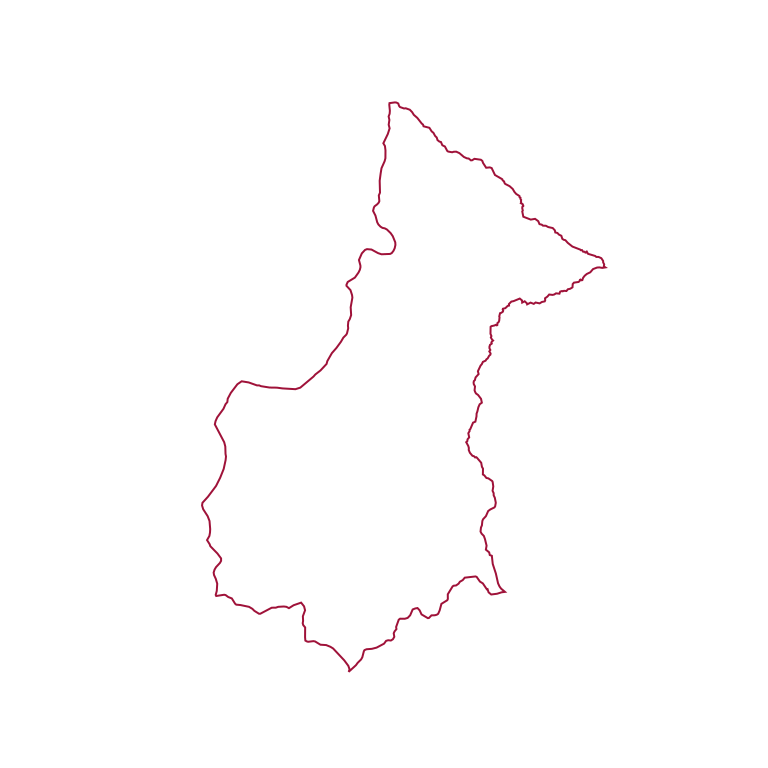 outline of San Sebastian, Cauca, Colombia, rotated 150°
{"feature_id": "7082276B83850714200687", "entity_name": "San Sebastian", "entity_type": "district", "adm_level": 2, "iso_a3": "COL", "parent_name": "Colombia", "parent_adm1": "Cauca", "projection": "mercator", "projection_center": [-76.773, 1.841], "detail": "fine", "context": "isolated", "style": "outline", "palette": "rose", "viewbox_px": 768, "rotation_deg": 150, "n_neighbors": 0, "source": "geoboundaries", "source_scale": "gbopen_adm2", "svg_char_len": 6166}
<svg xmlns="http://www.w3.org/2000/svg" viewBox="0 0 768 768"><g transform="rotate(150 384 384)"><path d="M558.5,152.4L548.9,154.5L546.2,155.7L541.6,156.9L539.4,158.2L535.0,162.7L533.9,163.3L531.7,163.0L526.9,160.7L522.2,159.4L513.8,159.1L510.6,160.5L508.5,160.0L506.3,158.4L503.9,158.5L501.5,159.9L500.2,163.3L498.5,164.5L495.8,165.5L495.0,167.5L489.1,172.5L487.4,172.7L483.4,170.3L480.5,169.6L477.0,170.6L471.9,174.4L469.2,174.0L467.0,173.2L466.3,170.2L466.7,165.7L463.1,159.3L462.1,158.9L458.6,159.9L455.6,158.3L453.7,157.8L452.0,157.9L449.0,160.1L444.2,164.9L437.3,165.1L436.2,165.9L433.9,170.0L425.8,174.4L424.6,174.5L422.3,173.5L419.2,173.8L417.2,174.8L413.9,174.8L410.9,175.9L401.0,171.6L400.2,170.6L399.7,164.9L398.1,161.9L397.6,154.7L396.9,154.6L397.6,151.3L396.4,148.1L390.9,145.8L386.3,144.8L383.2,143.5L384.9,148.2L385.2,150.8L384.9,154.3L381.9,163.9L379.8,173.8L376.5,181.3L377.9,183.0L377.1,185.6L378.6,189.6L376.0,192.7L374.1,199.2L373.5,202.5L374.3,205.6L374.2,207.9L371.8,211.2L369.9,212.6L367.3,216.2L365.9,217.3L361.8,218.6L357.3,221.9L354.6,222.2L350.1,221.9L348.9,222.5L346.6,225.2L346.2,226.3L344.9,230.1L344.7,232.7L343.6,234.7L343.4,237.2L340.6,240.6L338.9,244.8L338.8,245.8L340.8,250.1L342.3,251.4L342.8,254.7L343.6,256.2L340.6,261.2L340.6,263.3L339.2,267.2L340.4,273.8L340.8,274.6L341.8,274.8L342.2,276.5L343.3,277.6L344.0,281.5L343.6,284.5L342.5,286.2L342.0,288.2L341.9,292.5L340.5,292.8L339.3,294.3L336.9,295.2L335.6,299.2L333.3,300.5L332.8,301.6L331.8,301.8L326.2,306.0L323.7,305.7L320.1,309.7L318.6,312.1L316.8,313.6L313.9,316.7L311.3,318.6L308.6,318.9L307.4,322.6L308.0,327.4L309.1,329.9L309.0,331.9L308.7,333.3L306.4,336.4L306.3,339.1L305.6,340.6L304.7,341.6L303.4,341.9L301.4,343.9L297.1,345.3L296.3,348.1L291.1,351.7L289.5,352.2L287.3,353.7L284.4,353.4L282.9,354.2L281.5,354.3L278.8,355.9L277.2,356.2L276.4,357.2L276.5,359.6L274.9,360.3L274.8,362.2L274.1,363.5L272.6,364.9L270.5,365.1L270.3,366.2L269.6,366.7L267.8,367.1L268.2,368.4L268.2,370.9L267.0,371.8L266.7,374.2L263.1,380.2L262.1,380.4L258.9,379.4L257.8,379.4L257.0,378.4L256.4,378.4L255.4,380.0L253.8,380.3L252.6,381.2L250.6,384.0L250.4,384.9L248.1,387.3L246.8,387.0L244.9,387.2L244.1,387.9L244.0,389.1L243.4,389.7L241.0,389.0L237.8,389.8L236.5,389.4L235.8,390.8L232.5,391.7L230.4,391.0L223.7,390.1L222.7,387.4L223.6,385.4L220.8,385.3L219.9,382.4L220.2,381.4L216.4,381.2L214.2,378.5L212.0,378.8L208.9,376.0L206.3,376.1L203.5,375.2L202.6,375.8L201.7,377.7L198.8,378.0L196.2,378.9L193.5,376.9L191.9,376.4L189.7,376.5L186.9,374.5L185.3,375.9L184.6,375.8L183.3,375.5L182.9,374.9L181.5,374.7L179.5,373.3L177.4,374.1L175.2,373.4L173.3,373.4L172.4,373.5L170.6,376.2L168.8,376.8L164.5,375.1L163.2,375.3L162.3,376.2L161.6,376.2L161.0,375.0L160.3,374.8L158.5,376.4L156.1,377.4L153.4,377.9L149.5,377.6L145.5,379.0L141.2,378.3L139.2,377.3L136.9,375.4L134.0,374.3L134.8,376.0L133.5,377.5L133.4,379.7L132.7,381.0L132.9,384.3L134.7,386.8L136.6,387.9L137.1,389.3L142.2,394.7L142.2,397.2L143.4,396.8L143.9,397.1L144.1,398.2L145.4,399.0L145.6,401.0L146.7,401.5L146.8,402.2L152.1,408.8L154.3,414.4L155.0,417.8L156.3,419.1L157.0,420.6L156.3,423.7L157.8,425.9L158.3,428.1L159.9,429.6L159.2,431.6L159.9,434.7L163.3,437.8L164.7,440.1L167.2,441.7L167.7,443.1L169.4,444.7L169.0,447.9L170.6,451.5L174.7,453.0L179.7,459.2L178.0,464.3L177.1,464.8L176.3,467.3L175.3,468.5L174.5,468.4L174.2,468.8L174.0,470.5L175.1,472.2L174.3,472.8L174.0,473.9L173.2,474.8L173.3,476.2L172.7,477.1L173.2,477.9L172.7,479.1L174.5,482.5L175.0,485.2L175.0,488.5L176.3,492.5L179.0,496.7L179.1,498.3L178.7,499.3L179.4,501.0L179.2,502.2L183.4,509.5L182.8,517.2L184.1,518.7L187.4,520.2L187.7,525.8L187.3,528.1L188.0,529.8L193.1,533.8L195.8,533.7L196.9,534.2L197.9,536.9L199.4,538.0L201.3,540.7L203.3,546.3L205.3,549.1L207.6,550.3L209.1,550.6L212.2,553.2L212.7,554.3L212.5,559.2L214.1,561.6L213.7,565.1L214.8,566.2L215.7,568.5L215.1,571.1L215.7,573.3L215.6,576.8L216.4,578.9L216.6,583.2L220.9,587.4L220.5,589.1L221.1,590.7L222.1,597.8L223.6,602.2L223.7,605.4L224.5,608.6L227.3,611.9L228.9,612.6L231.7,615.9L231.9,617.3L231.4,619.8L232.5,621.5L233.7,622.4L238.8,624.5L239.8,623.2L242.3,617.7L244.0,615.2L246.2,613.4L247.3,610.0L250.3,606.2L251.3,602.6L255.7,598.6L264.2,592.8L264.2,589.6L265.9,585.6L269.9,578.8L272.1,576.6L278.3,572.1L281.8,567.8L286.1,562.2L291.8,551.7L294.2,549.9L296.6,544.7L297.9,543.7L300.1,543.0L303.3,542.6L304.5,541.9L306.9,539.4L307.2,534.1L309.0,527.5L309.1,525.0L308.4,522.1L307.3,520.0L305.5,518.4L304.2,516.3L302.8,511.3L302.5,507.6L303.4,501.1L304.6,498.7L306.9,496.2L309.2,494.6L311.9,493.5L313.7,493.6L321.3,497.6L323.7,500.3L327.6,506.7L331.3,509.3L333.4,509.6L337.9,508.2L343.7,503.9L345.2,498.4L346.0,496.9L347.8,495.0L350.3,493.3L356.0,490.7L364.4,490.5L366.9,488.7L367.4,487.8L366.1,482.1L367.2,477.0L368.2,474.6L374.5,467.1L378.0,460.1L381.2,457.3L383.7,455.9L386.1,452.5L387.1,450.2L390.6,446.5L391.9,445.6L396.0,444.5L400.2,442.1L407.2,439.0L413.7,436.8L421.6,432.2L423.7,430.1L432.2,427.5L438.7,426.6L441.3,425.7L458.3,422.7L463.3,423.8L474.2,431.0L478.6,434.4L484.8,438.1L491.6,443.6L492.8,445.2L494.7,446.3L500.4,453.0L505.9,457.5L511.1,457.1L521.1,452.9L526.7,449.4L528.7,446.7L531.4,445.7L535.4,442.8L545.1,438.5L548.4,436.1L550.7,433.6L551.5,413.5L552.7,409.2L556.2,402.7L557.1,400.2L559.3,397.2L565.3,390.6L572.8,384.7L580.4,379.7L592.8,374.4L600.6,371.9L602.3,369.8L603.2,366.0L602.8,357.7L603.6,352.6L607.1,345.2L609.0,342.3L611.2,339.7L615.3,337.3L615.1,332.5L615.5,330.3L613.0,320.5L612.3,314.4L613.5,312.3L615.5,311.1L621.0,309.4L623.5,308.0L625.8,305.9L626.7,303.6L627.1,299.3L628.3,294.4L632.3,288.4L635.2,285.5L635.3,284.3L627.8,281.4L626.7,280.4L625.4,277.4L623.0,274.4L622.8,268.2L622.3,266.8L618.9,264.4L612.3,258.5L610.4,255.1L609.7,252.4L607.1,247.5L606.0,246.9L593.1,246.4L589.5,244.4L587.0,243.9L582.0,241.4L579.9,239.8L578.4,237.4L572.9,237.6L565.1,236.1L564.4,231.4L565.5,227.5L570.4,223.4L572.5,219.3L574.0,217.5L574.5,215.6L574.0,212.6L579.0,204.1L580.4,201.1L579.5,199.6L578.6,198.7L573.7,196.6L572.4,195.5L569.4,190.0L564.6,186.8L561.8,183.2L560.3,180.4L556.6,164.6L555.8,157.8L556.5,154.1L558.5,152.4Z" fill="none" stroke="#9f1239" stroke-width="2"/></g></svg>